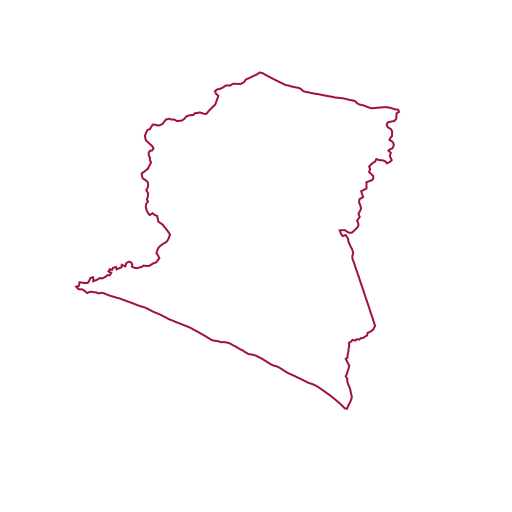 Beberibe, Ceará, Brazil, rotated 162°
{"feature_id": "56859067B34230482126015", "entity_name": "Beberibe", "entity_type": "district", "adm_level": 2, "iso_a3": "BRA", "parent_name": "Brazil", "parent_adm1": "Ceará", "projection": "albers", "projection_center": [-38.102, -4.362], "detail": "fine", "context": "isolated", "style": "outline", "palette": "rose", "viewbox_px": 512, "rotation_deg": 162, "n_neighbors": 0, "source": "geoboundaries", "source_scale": "gbopen_adm2", "svg_char_len": 5505}
<svg xmlns="http://www.w3.org/2000/svg" viewBox="0 0 512 512"><g transform="rotate(162 256 256)"><path d="M339.7,367.6L339.8,365.0L337.6,362.3L336.1,359.6L336.6,357.0L337.3,355.2L338.7,353.9L340.0,352.4L339.2,349.0L340.6,345.7L342.3,343.6L341.9,341.2L344.1,339.7L345.6,337.0L345.9,333.2L345.3,329.8L344.4,327.7L341.2,328.7L339.7,326.3L337.7,324.7L337.9,321.8L338.3,319.0L336.6,316.7L335.1,314.7L334.2,312.0L333.4,310.2L332.5,307.8L331.8,305.3L331.1,302.9L334.5,298.8L336.9,297.1L341.6,296.0L343.7,295.3L346.3,293.9L348.3,291.7L349.9,289.3L349.0,286.9L348.6,283.8L351.2,282.0L353.0,280.7L355.1,280.9L359.2,280.0L361.1,279.6L363.9,280.7L365.9,281.6L368.2,280.9L370.4,281.1L372.8,281.1L375.4,282.4L377.3,284.3L376.2,286.2L376.7,288.4L378.7,289.9L381.6,289.3L383.5,286.5L386.4,289.1L387.5,286.7L390.0,286.7L392.6,286.3L392.5,288.8L395.6,288.9L397.4,287.1L399.0,288.7L401.1,286.9L398.9,284.7L401.2,282.8L403.2,283.7L405.7,282.7L409.5,282.2L411.3,283.3L413.3,282.8L415.5,282.4L418.6,282.4L417.8,284.2L417.6,286.2L420.4,286.2L422.0,284.2L424.3,282.4L426.8,283.0L429.6,284.4L431.9,285.6L433.8,282.2L436.5,282.4L435.1,279.3L431.4,277.8L430.0,276.0L427.9,272.9L426.0,273.2L423.7,273.0L421.8,271.8L419.2,270.8L417.7,269.2L414.6,268.8L412.2,267.7L410.8,266.3L406.4,262.8L404.3,261.4L402.7,260.3L400.5,258.8L398.7,257.7L396.6,255.9L394.9,254.6L392.3,252.6L389.5,250.4L386.7,248.2L384.6,246.4L382.2,244.5L380.0,243.0L377.4,241.2L375.0,238.9L371.1,234.9L369.1,233.2L367.5,231.8L365.7,230.3L363.6,228.2L361.9,226.5L359.2,223.7L357.2,221.8L355.2,220.3L352.4,217.8L349.7,215.6L348.1,214.3L346.0,212.5L343.6,210.6L341.9,209.2L339.4,206.8L337.9,205.0L335.5,202.6L332.8,199.7L330.7,197.4L328.7,195.2L327.2,193.4L325.8,191.8L324.3,190.0L322.2,188.5L318.8,187.0L315.8,184.8L312.9,184.0L308.6,181.6L306.9,179.9L305.3,178.1L303.9,176.7L302.5,175.2L300.1,172.4L297.8,170.3L296.6,168.7L295.2,167.0L293.4,165.0L290.1,163.4L286.9,161.3L284.5,158.8L282.9,157.3L281.3,155.5L279.4,153.3L277.6,151.1L274.8,147.8L272.8,146.1L270.9,145.0L268.3,142.6L266.5,140.5L264.8,138.4L262.4,135.5L259.9,133.1L258.1,131.5L255.4,129.0L254.0,127.6L251.2,125.0L249.3,123.1L247.9,121.8L246.6,120.4L245.0,118.9L242.1,116.9L239.5,114.5L237.7,112.6L235.5,109.8L234.2,108.0L229.4,101.6L226.1,96.7L222.3,90.7L219.7,85.8L218.7,83.7L216.6,82.6L214.6,85.1L211.0,88.6L209.5,90.5L208.5,92.2L208.2,94.4L208.0,96.8L207.7,98.9L207.6,100.9L207.7,103.5L208.1,105.8L207.9,108.6L207.1,111.0L207.8,114.0L205.6,116.3L204.5,118.1L202.6,120.5L201.2,123.0L201.9,126.7L202.5,130.4L200.5,131.0L199.3,134.0L197.7,136.4L196.7,139.1L195.1,141.7L194.5,144.6L192.3,145.2L190.1,146.4L188.0,144.9L186.1,145.7L183.5,144.6L181.5,145.5L179.6,144.8L177.2,145.7L174.9,146.1L173.7,148.3L170.3,148.8L167.4,149.7L164.4,152.7L164.3,155.9L164.3,157.9L164.3,160.2L164.4,163.6L164.4,167.4L164.4,169.9L164.4,173.5L164.5,179.6L164.5,182.3L164.6,185.0L164.6,187.5L164.6,190.2L164.6,192.8L164.6,195.4L164.7,197.8L164.7,201.0L164.7,204.9L164.8,207.6L164.8,210.2L164.9,212.3L164.9,214.4L164.9,216.9L164.9,219.1L165.0,221.6L165.1,224.0L164.4,226.1L162.6,228.8L162.5,232.7L162.9,234.7L163.3,237.7L163.6,241.5L163.1,244.1L163.7,246.3L164.3,248.2L167.5,248.2L168.3,250.8L168.5,254.5L165.9,253.9L163.5,253.1L162.1,251.3L160.5,249.4L157.7,248.5L152.8,250.7L150.3,252.1L149.0,253.7L148.6,256.0L149.0,258.4L147.4,259.5L145.3,261.1L145.5,264.6L143.3,266.5L141.4,268.7L141.1,272.0L141.5,274.9L140.0,278.1L136.0,278.8L136.0,282.7L136.0,285.1L132.0,285.7L130.0,286.1L129.2,288.7L128.2,292.0L124.6,292.2L122.1,292.3L120.5,293.5L119.8,295.8L121.1,298.4L122.5,300.9L120.6,303.5L120.7,306.2L117.6,307.8L115.7,308.5L113.4,309.1L111.6,311.0L109.1,309.1L105.3,307.5L103.8,306.0L102.9,303.7L100.9,303.9L99.0,304.3L97.3,305.2L97.6,307.5L97.8,309.8L95.9,312.5L97.5,315.3L95.4,316.1L93.3,316.1L91.8,317.3L90.6,319.2L90.5,321.2L91.4,323.1L93.2,325.3L91.4,327.0L89.5,328.1L88.6,330.9L88.0,332.9L88.7,335.3L90.9,337.7L91.2,340.5L89.5,342.3L86.0,342.1L82.8,341.6L80.2,343.1L79.2,345.9L78.1,348.3L75.5,348.9L75.6,351.1L78.8,352.8L81.2,354.5L82.8,355.6L84.6,356.6L86.8,357.5L88.9,358.1L91.5,358.7L94.6,359.5L97.8,360.1L100.4,360.8L102.2,361.9L104.1,363.4L105.6,364.7L107.1,365.9L109.4,367.3L111.5,368.6L112.7,370.3L113.9,372.7L116.4,374.3L118.6,375.4L120.6,376.7L122.7,378.0L124.4,379.0L127.0,380.2L129.2,381.2L131.8,382.3L134.5,383.9L138.6,386.1L141.8,387.8L144.2,389.2L146.6,390.6L149.2,391.8L151.1,392.9L153.4,394.1L155.8,395.6L157.8,396.6L160.0,398.0L161.7,400.9L163.0,402.4L165.0,403.5L167.4,404.8L169.9,406.3L172.4,408.0L175.5,409.8L177.7,412.1L179.2,413.4L181.1,415.4L183.0,417.2L185.9,420.1L187.9,422.2L189.4,423.7L191.1,425.4L192.9,427.6L195.8,429.4L198.6,428.5L204.3,427.8L207.7,427.3L211.3,426.9L213.5,425.1L217.5,424.3L220.0,425.3L224.5,426.9L228.2,426.1L230.0,427.0L232.6,427.4L234.4,426.7L236.3,426.3L238.5,426.1L241.5,426.4L244.1,425.4L243.9,422.7L242.3,419.9L248.0,412.6L254.0,409.7L255.9,408.7L257.6,407.6L259.3,406.5L261.3,407.2L265.1,409.9L267.9,410.2L270.0,410.7L272.1,409.5L275.8,410.4L279.3,410.2L282.3,408.3L284.7,407.8L286.6,408.1L289.4,408.7L291.5,411.0L294.3,411.9L296.5,413.5L299.5,413.6L301.8,412.1L304.2,410.4L306.4,410.2L308.6,410.2L311.1,411.9L313.5,412.9L315.7,411.2L317.7,409.5L320.3,409.3L322.3,407.4L324.6,404.5L325.0,400.1L323.9,398.1L322.4,395.4L320.6,392.2L320.3,389.9L322.4,388.4L324.4,388.8L326.0,387.6L326.8,385.1L326.5,382.1L327.4,379.9L326.8,377.7L328.4,375.7L330.3,374.2L331.8,372.3L333.8,371.8L336.3,370.7L339.2,369.9L339.7,367.6Z" fill="none" stroke="#9f1239" stroke-width="2"/></g></svg>